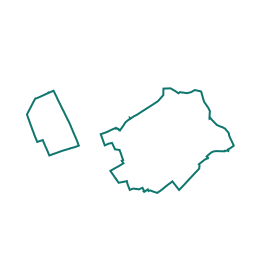 Tultitlán, México, Mexico (Mercator projection), rotated 232°
{"feature_id": "50627088B9112737651224", "entity_name": "Tultitlán", "entity_type": "district", "adm_level": 2, "iso_a3": "MEX", "parent_name": "Mexico", "parent_adm1": "México", "projection": "mercator", "projection_center": [-99.134, 19.631], "detail": "fine", "context": "isolated", "style": "outline", "palette": "teal", "viewbox_px": 256, "rotation_deg": 232, "n_neighbors": 0, "source": "geoboundaries", "source_scale": "gbopen_adm2", "svg_char_len": 5303}
<svg xmlns="http://www.w3.org/2000/svg" viewBox="0 0 256 256"><g transform="rotate(232 128 128)"><path d="M137.2,180.2L134.2,177.7L132.2,176.1L131.4,172.0L130.7,167.9L131.3,160.7L132.0,153.2L132.4,149.4L132.9,143.2L133.4,140.7L133.6,139.9L133.7,137.9L133.8,136.1L134.9,135.7L134.4,135.4L134.2,135.4L133.8,135.3L134.0,134.2L134.1,133.3L134.1,132.3L134.1,130.5L134.0,129.5L133.8,128.8L133.6,128.2L133.4,127.5L133.0,126.8L132.7,125.6L132.2,124.2L132.0,123.5L131.9,122.8L131.5,121.8L131.5,121.6L131.4,121.2L131.0,120.2L131.4,120.0L131.7,119.6L131.8,119.6L132.2,119.8L132.4,119.8L132.7,119.8L132.8,119.8L133.0,119.9L133.3,119.8L133.4,119.7L133.6,119.6L133.7,119.4L133.8,119.2L134.0,119.2L134.6,119.1L134.7,118.9L134.7,118.7L134.8,118.4L134.9,118.1L135.7,118.3L135.8,117.4L135.9,117.0L136.1,116.4L136.2,116.0L136.4,115.5L136.5,114.9L136.6,114.5L136.7,114.1L137.0,112.7L137.1,112.4L137.4,110.8L137.6,109.9L137.7,109.6L137.8,109.3L137.7,109.2L139.1,105.1L139.7,103.3L139.9,102.7L136.6,101.6L134.4,100.9L133.2,100.5L128.6,99.0L127.7,102.6L127.7,102.8L126.1,106.2L124.5,105.9L124.2,105.8L121.2,105.1L119.2,104.6L118.2,105.6L117.0,106.7L116.2,107.5L115.9,107.8L115.8,107.7L112.6,106.8L109.6,105.7L105.7,104.4L106.0,102.9L103.0,102.7L103.3,99.9L103.6,97.3L104.1,94.5L104.1,94.4L104.5,91.9L104.5,91.7L104.9,89.1L105.0,87.7L103.9,87.6L103.2,87.6L101.0,87.5L96.8,87.2L95.3,87.1L95.3,87.3L95.0,87.3L95.0,87.1L94.3,87.1L93.7,87.1L90.6,86.9L89.1,89.9L87.3,93.4L86.9,94.4L86.1,94.0L84.5,93.3L84.4,93.2L81.2,92.2L78.1,91.3L77.7,93.0L77.1,94.5L76.8,95.1L76.7,95.3L76.5,95.6L75.9,96.0L74.9,96.7L74.9,96.9L74.8,97.2L74.6,97.5L74.3,97.7L73.9,98.0L73.4,98.3L73.0,98.7L72.7,99.9L72.7,100.0L72.3,101.4L72.3,101.5L72.2,101.7L71.9,102.6L69.3,102.1L69.1,102.0L68.6,101.3L68.4,101.4L68.0,101.7L67.7,101.6L67.4,105.8L66.7,105.6L66.1,105.5L65.7,105.4L65.6,105.9L65.4,106.5L65.2,106.8L65.1,107.0L64.9,107.2L64.0,107.8L63.9,107.8L63.3,108.2L62.2,108.8L61.1,109.6L60.0,110.3L59.1,110.9L58.9,111.0L58.9,111.3L58.7,113.7L58.6,114.3L58.6,114.5L58.6,117.8L58.6,118.8L58.7,121.2L58.7,121.4L58.8,121.5L58.7,122.3L58.7,124.4L58.6,127.2L58.6,130.1L58.1,130.1L47.7,130.1L48.5,135.9L48.8,137.9L49.3,140.8L49.8,143.8L50.4,147.6L51.4,153.9L51.5,155.0L51.7,156.0L51.9,157.4L52.1,158.5L52.1,158.8L52.2,159.2L52.5,159.4L52.7,159.7L53.0,159.9L53.6,160.5L54.1,160.9L54.5,161.3L54.9,161.4L55.5,161.5L55.8,161.5L55.8,162.7L55.8,164.0L55.8,164.5L55.8,164.8L55.8,165.2L55.8,166.1L55.8,167.5L55.8,168.4L55.8,169.1L55.6,169.9L55.5,170.3L55.4,171.1L55.2,171.7L54.9,172.3L54.4,172.8L55.1,172.6L55.7,172.6L56.3,172.5L56.9,172.5L57.2,172.5L57.3,174.5L57.4,177.0L57.4,178.2L57.4,178.9L57.3,179.2L57.2,179.8L56.8,181.0L56.2,182.2L54.8,184.2L54.7,184.3L53.8,185.3L51.1,188.6L50.1,189.9L50.4,190.2L50.3,190.3L49.9,191.0L48.9,192.5L48.1,192.9L48.5,193.4L48.8,193.4L49.5,193.6L49.1,196.3L49.1,197.3L48.9,200.3L49.0,200.5L49.4,200.6L50.6,200.9L52.4,201.3L54.4,201.8L55.7,202.0L57.4,202.4L58.6,202.7L58.9,202.8L59.7,203.1L60.5,203.4L61.1,203.9L61.6,204.0L62.0,204.2L62.4,204.3L67.2,204.1L68.4,204.1L68.2,204.0L68.6,203.7L68.8,203.6L69.0,203.5L69.3,203.4L69.6,203.3L69.8,203.2L70.1,203.1L70.5,202.9L70.7,202.7L70.9,202.6L71.0,202.6L71.2,202.4L71.4,202.3L71.5,202.2L72.0,201.9L72.4,201.7L72.6,201.6L72.9,201.4L73.5,201.0L73.9,200.8L74.2,200.7L74.5,200.5L74.8,200.4L75.2,200.2L75.5,200.0L75.6,199.9L76.2,199.8L76.7,199.8L77.6,199.7L79.0,199.5L79.8,199.4L80.2,199.4L80.7,199.4L81.2,199.3L81.3,199.3L81.7,199.2L82.3,199.2L82.8,199.1L83.6,199.1L84.3,199.1L85.0,199.1L85.0,198.7L85.1,197.9L85.3,198.0L90.0,202.1L90.8,202.9L94.6,203.7L101.9,204.1L106.4,205.9L111.7,208.1L111.8,208.1L115.8,204.8L116.8,204.0L117.4,199.8L119.0,196.1L122.9,192.3L124.3,191.0L124.3,189.1L128.2,187.9L131.2,186.7L133.0,186.0L137.2,180.2ZM203.2,92.3L203.3,92.2L203.7,90.3L204.1,88.7L204.3,87.8L204.4,87.7L204.6,87.2L205.0,87.1L204.7,86.2L204.8,86.1L204.9,85.7L205.2,84.4L205.4,83.6L205.4,83.4L205.5,83.0L205.7,82.3L205.8,81.9L206.0,81.0L206.2,80.2L206.3,79.7L206.6,78.6L206.6,78.4L207.2,76.1L207.4,75.4L207.5,74.8L207.7,74.3L208.3,73.1L206.7,69.4L205.4,66.6L204.9,65.5L204.1,63.8L202.3,59.8L200.9,56.8L200.3,56.5L199.5,56.2L199.4,56.2L199.1,56.1L198.7,56.0L198.5,55.9L197.1,55.4L194.8,54.7L191.6,53.6L189.4,52.9L186.2,51.9L184.9,51.4L184.3,51.3L183.7,51.1L183.3,51.0L182.0,50.6L181.8,50.5L181.6,50.4L180.3,50.0L179.9,49.8L179.6,49.8L179.3,49.7L178.0,49.3L176.7,49.0L172.9,47.9L172.7,48.4L172.0,50.5L171.0,53.4L167.7,52.5L167.3,52.4L165.5,51.9L164.1,51.5L162.9,51.3L162.5,51.2L162.2,51.1L160.1,50.5L159.5,50.4L158.0,50.0L157.0,49.7L154.8,49.1L153.9,51.7L153.8,52.3L153.6,52.8L153.3,53.6L153.2,53.9L151.9,57.8L150.6,61.8L150.5,62.1L149.4,64.9L147.5,69.7L147.6,69.8L146.3,72.8L145.6,74.5L144.4,78.4L146.0,78.8L146.8,79.1L148.1,79.6L153.7,81.1L154.6,81.3L159.5,82.6L160.1,82.8L160.9,83.0L163.9,83.8L164.4,84.0L164.9,84.1L167.1,84.7L169.3,85.2L170.3,85.4L171.0,85.5L172.4,85.8L172.6,85.8L173.7,86.1L174.1,86.1L175.7,86.5L176.4,86.6L177.8,86.9L178.3,87.0L178.7,87.1L180.4,87.5L183.7,88.1L185.6,88.5L186.1,88.6L187.6,88.9L187.9,89.0L188.8,89.2L189.0,89.2L190.7,89.6L192.3,89.9L194.0,90.2L194.8,90.4L195.1,90.6L195.4,90.7L195.6,90.7L196.3,90.8L197.0,91.0L198.5,91.3L199.2,91.4L199.4,91.5L199.9,91.6L200.0,91.6L200.4,91.7L200.9,91.8L201.8,92.0L203.2,92.3Z" fill="none" stroke="#0f766e" stroke-width="2"/></g></svg>